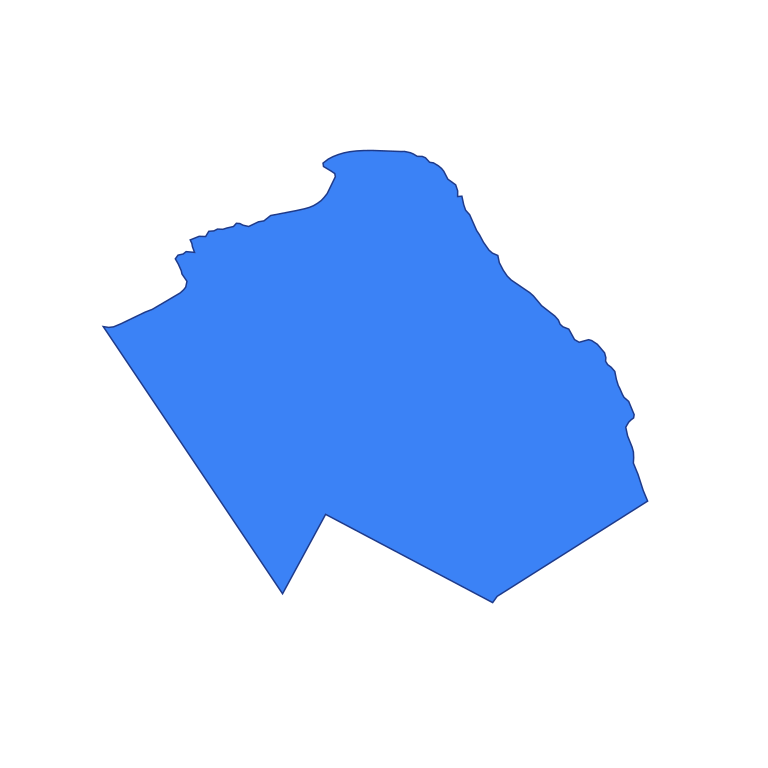 Ngerbelau, Angaur, Palau (Mercator projection), rotated 286°
{"feature_id": "81905179B91574201730062", "entity_name": "Ngerbelau", "entity_type": "district", "adm_level": 2, "iso_a3": "PLW", "parent_name": "Palau", "parent_adm1": "Angaur", "projection": "mercator", "projection_center": [134.149, 6.91], "detail": "fine", "context": "isolated", "style": "filled", "palette": "blue", "viewbox_px": 768, "rotation_deg": 286, "n_neighbors": 0, "source": "geoboundaries", "source_scale": "gbopen_adm2", "svg_char_len": 1742}
<svg xmlns="http://www.w3.org/2000/svg" viewBox="0 0 768 768"><g transform="rotate(286 384 384)"><path d="M203.8,548.7L211.1,551.3L344.1,669.7L353.1,662.5L367.1,653.1L376.7,645.5L382.0,644.3L387.4,642.5L391.7,639.9L401.2,632.5L409.1,628.3L414.7,629.7L417.5,631.3L420.2,633.3L423.5,632.9L434.7,624.0L437.3,618.4L439.6,616.1L444.7,611.9L447.1,609.6L452.5,606.1L459.7,602.4L462.7,597.8L464.3,593.6L467.0,590.7L470.5,590.0L474.8,587.4L481.0,578.1L483.0,571.7L483.0,568.5L481.1,565.3L477.9,560.1L479.2,554.9L487.7,546.5L488.3,540.2L490.0,536.8L493.5,534.0L496.4,529.5L502.7,513.9L509.8,503.4L511.9,499.1L519.0,477.6L521.7,472.7L526.2,467.3L532.4,461.4L538.9,458.0L539.7,452.1L541.7,447.9L547.7,440.5L553.7,434.7L557.0,430.8L570.3,419.7L573.6,414.5L578.3,411.2L586.0,407.1L584.5,403.1L589.9,401.6L595.2,398.0L598.5,388.9L605.0,382.8L607.0,380.0L608.7,376.2L610.2,370.6L609.7,366.7L612.9,361.5L613.3,358.0L612.0,353.2L613.2,348.8L613.6,345.6L613.2,339.6L612.2,336.4L605.3,308.5L602.8,300.1L600.4,293.2L597.9,287.2L595.2,281.9L592.0,276.9L588.5,272.3L584.8,268.4L579.5,264.5L576.4,265.9L574.1,274.5L572.7,278.7L569.8,280.1L551.4,276.9L546.8,275.0L542.9,273.0L539.3,270.2L536.0,267.1L533.2,263.6L530.4,259.1L526.3,251.5L514.7,228.6L507.7,223.6L505.3,218.6L498.1,210.5L497.8,204.7L498.5,201.2L497.8,197.8L493.9,195.9L490.6,189.9L488.3,186.5L487.0,181.2L484.3,178.3L482.5,173.5L476.6,171.9L475.0,165.6L469.1,158.0L466.1,160.6L463.2,162.0L458.3,165.6L456.7,157.3L453.6,155.1L451.1,150.5L446.8,148.9L442.5,153.3L437.0,157.9L434.0,159.5L428.4,166.3L422.5,166.7L419.3,165.4L415.4,163.0L391.8,140.6L387.2,134.5L369.2,114.3L364.4,108.3L362.5,103.8L361.8,98.3L154.4,344.3L242.6,363.8L203.8,548.7Z" fill="#3b82f6" stroke="#1e3a8a" stroke-width="1.5"/></g></svg>